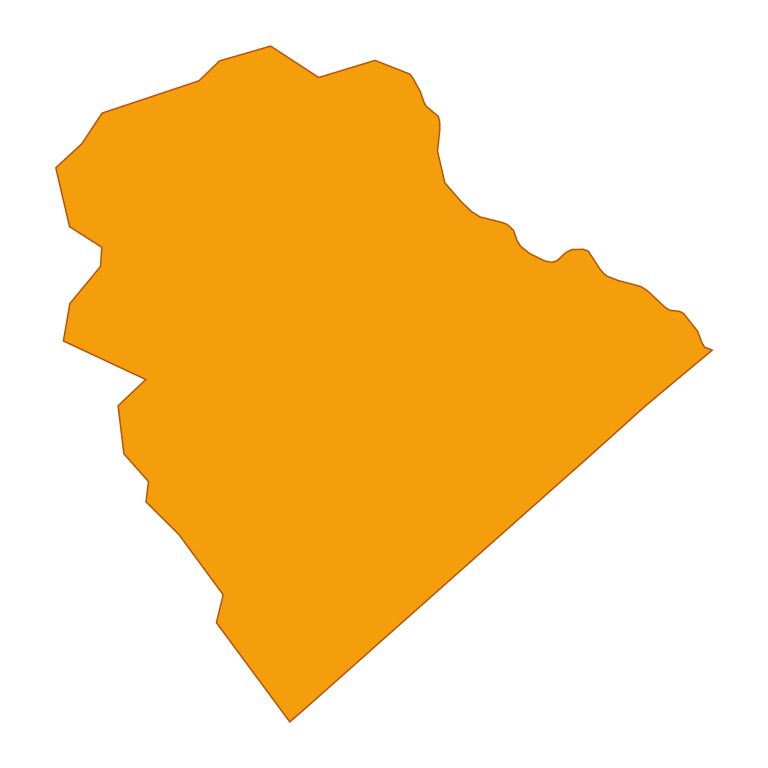 the district of Columbia, Georgia, United States of America
{"feature_id": "52423323B94231025713709", "entity_name": "Columbia", "entity_type": "district", "adm_level": 2, "iso_a3": "USA", "parent_name": "United States of America", "parent_adm1": "Georgia", "projection": "natural_earth1", "projection_center": [-82.204, 33.528], "detail": "fine", "context": "isolated", "style": "filled", "palette": "amber", "viewbox_px": 768, "rotation_deg": 0, "n_neighbors": 0, "source": "geoboundaries", "source_scale": "gbopen_adm2", "svg_char_len": 1006}
<svg xmlns="http://www.w3.org/2000/svg" viewBox="0 0 768 768"><path d="M409.8,74.1L374.9,60.4L318.7,77.5L270.6,46.1L219.5,60.9L199.0,80.8L102.1,113.1L81.8,143.8L55.8,167.8L69.6,226.7L101.8,247.3L100.5,266.5L69.9,303.5L63.4,341.0L145.8,379.5L118.1,405.8L123.9,453.8L148.5,481.6L146.0,501.9L178.7,534.3L223.2,594.8L216.4,622.7L289.8,721.9L307.8,706.2L552.6,488.9L584.8,460.4L644.8,406.5L671.7,383.9L712.2,350.2L704.6,347.2L701.6,342.0L697.6,331.2L683.4,313.3L679.2,311.3L669.7,310.3L668.7,309.6L665.3,307.5L647.3,290.7L640.9,286.6L618.1,280.5L607.5,276.4L604.0,273.8L600.1,269.3L588.3,251.2L583.3,249.3L573.8,249.5L571.9,249.5L565.8,252.6L557.1,260.7L552.0,262.3L545.0,261.1L530.1,253.8L526.7,251.1L520.7,246.4L517.1,240.8L513.5,230.3L508.8,225.8L505.6,223.7L499.9,221.9L496.4,221.0L480.1,217.0L471.4,211.5L461.4,201.9L444.9,182.9L437.5,151.1L439.8,130.1L439.7,122.9L439.7,122.0L438.3,116.4L426.1,106.2L424.1,102.5L420.3,91.6L412.7,77.8L409.8,74.1Z" fill="#f59e0b" stroke="#b45309" stroke-width="1.5"/></svg>